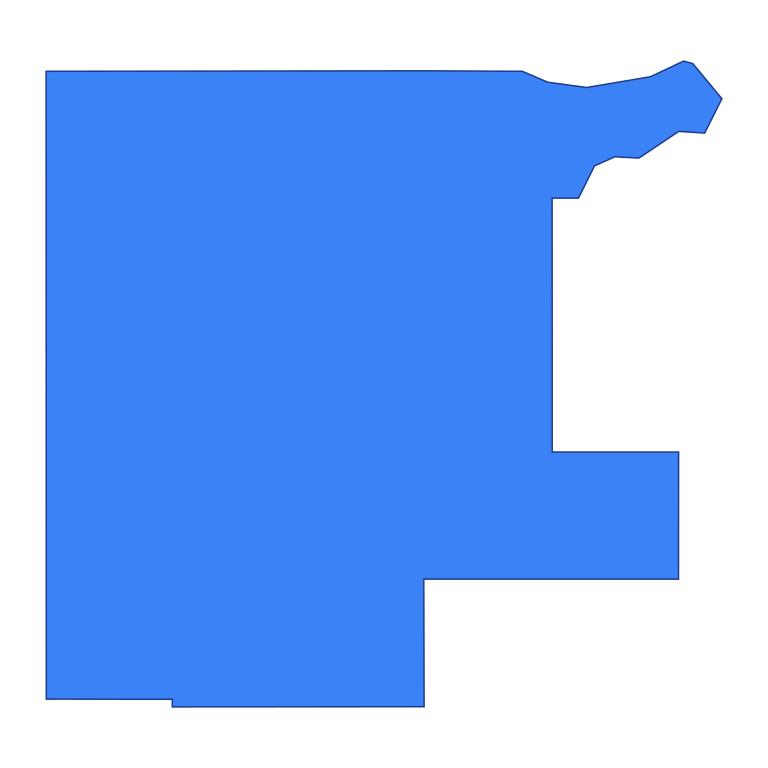 outline of Noble, Oklahoma, United States of America
{"feature_id": "52423323B27580427525585", "entity_name": "Noble", "entity_type": "district", "adm_level": 2, "iso_a3": "USA", "parent_name": "United States of America", "parent_adm1": "Oklahoma", "projection": "natural_earth1", "projection_center": [-97.077, 36.38], "detail": "fine", "context": "isolated", "style": "filled", "palette": "blue", "viewbox_px": 768, "rotation_deg": 0, "n_neighbors": 0, "source": "geoboundaries", "source_scale": "gbopen_adm2", "svg_char_len": 432}
<svg xmlns="http://www.w3.org/2000/svg" viewBox="0 0 768 768"><path d="M46.3,699.1L172.4,699.3L172.2,706.9L424.1,706.7L423.8,579.1L678.5,579.1L678.6,452.0L552.2,452.0L552.2,347.4L552.1,198.1L578.5,198.1L594.5,165.9L614.8,156.8L638.9,158.1L678.7,131.4L704.7,133.1L721.9,98.7L692.8,63.6L683.6,61.1L650.5,76.7L586.6,87.5L547.7,82.2L522.3,71.3L425.7,70.8L46.1,71.3L46.3,699.1Z" fill="#3b82f6" stroke="#1e3a8a" stroke-width="1.5"/></svg>